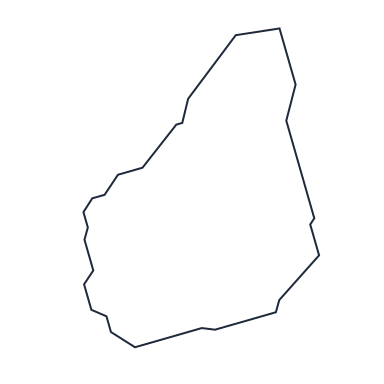 map outline of Navassa Island (Natural Earth projection), rotated 74°
{"feature_id": "UMI-5177", "entity_name": "Navassa Island", "entity_type": "state/province", "adm_level": 1, "iso_a3": "UMI", "parent_name": "United States Minor Outlying Islands", "parent_adm1": "", "projection": "natural_earth1", "projection_center": [-75.015, 18.406], "detail": "fine", "context": "isolated", "style": "outline", "palette": "slate", "viewbox_px": 384, "rotation_deg": 74, "n_neighbors": 0, "source": "natural_earth", "source_scale": "10m", "svg_char_len": 504}
<svg xmlns="http://www.w3.org/2000/svg" viewBox="0 0 384 384"><g transform="rotate(74 192 192)"><path d="M117.3,62.8L149.4,81.7L251.0,81.7L255.8,87.3L287.9,87.3L319.9,137.9L330.7,144.5L330.7,188.5L330.7,207.8L325.5,220.1L325.5,289.6L304.3,308.5L287.9,308.5L277.5,321.2L251.0,321.2L240.2,308.5L208.2,308.5L197.4,301.9L181.4,301.9L170.6,289.6L170.6,276.8L155.0,258.4L155.0,232.9L122.9,188.5L122.9,182.3L101.3,170.0L53.3,106.7L58.9,62.8L117.3,62.8Z" fill="none" stroke="#1e293b" stroke-width="2"/></g></svg>